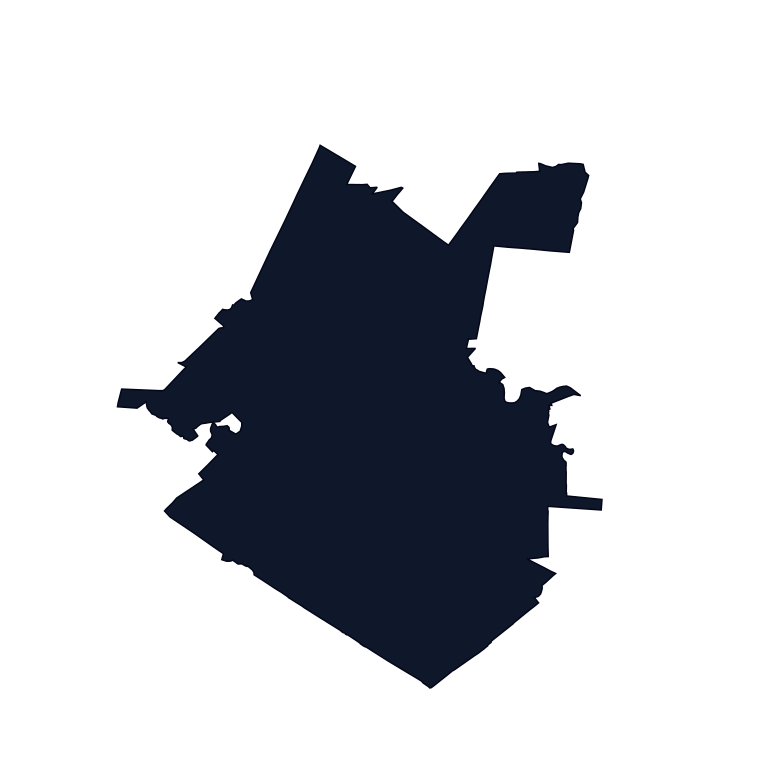 the district of Arad, Arad, Romania, rotated 199°
{"feature_id": "2599482B53905982235691", "entity_name": "Arad", "entity_type": "district", "adm_level": 2, "iso_a3": "ROU", "parent_name": "Romania", "parent_adm1": "Arad", "projection": "orthographic", "projection_center": [21.276, 46.161], "detail": "fine", "context": "isolated", "style": "filled", "palette": "ink", "viewbox_px": 768, "rotation_deg": 199, "n_neighbors": 0, "source": "geoboundaries", "source_scale": "gbopen_adm2", "svg_char_len": 6159}
<svg xmlns="http://www.w3.org/2000/svg" viewBox="0 0 768 768"><g transform="rotate(199 384 384)"><path d="M309.5,643.0L306.1,635.8L310.6,633.8L320.4,630.1L325.1,628.4L327.5,627.4L327.8,626.4L335.2,623.7L338.6,622.4L343.1,620.4L344.7,615.1L347.5,605.7L349.0,600.5L350.5,595.3L352.0,590.0L353.6,584.7L355.7,577.8L357.5,571.5L358.7,567.3L359.7,564.1L361.5,558.3L362.7,554.5L362.7,554.1L363.9,550.1L365.4,545.3L368.2,536.2L374.9,538.2L381.4,540.2L394.9,544.4L395.1,544.5L397.1,545.1L421.7,552.6L436.0,559.4L435.2,561.1L433.3,566.8L431.4,571.6L430.0,575.3L431.3,575.6L432.0,575.4L440.9,569.4L457.0,559.9L454.6,567.3L455.0,567.6L461.0,565.0L465.0,567.3L469.4,565.4L484.2,560.5L481.8,580.5L522.1,588.9L522.1,586.6L523.7,569.7L524.2,565.4L525.8,552.3L526.3,547.7L528.0,533.1L528.4,528.7L530.8,506.4L535.0,472.3L539.8,427.0L535.7,421.1L536.3,420.5L537.5,419.4L538.3,418.7L541.4,417.5L546.6,418.0L550.3,412.8L552.0,409.2L552.9,409.4L553.0,406.2L553.2,405.8L554.3,404.0L555.1,403.6L555.8,403.1L558.4,402.4L559.1,402.2L560.8,402.1L561.0,401.8L562.1,399.1L562.4,398.5L563.0,397.8L562.9,397.5L563.0,397.1L563.4,396.3L565.0,392.0L565.3,391.0L554.3,386.6L554.6,384.6L556.2,384.1L558.2,382.8L570.7,358.1L579.7,340.9L580.1,340.5L581.0,339.5L582.5,338.3L584.4,337.6L584.9,337.5L586.0,337.1L576.4,335.7L577.7,333.4L589.6,307.1L591.0,305.7L594.2,304.6L630.4,293.8L629.3,279.9L628.6,275.7L609.6,280.8L603.1,289.7L601.0,285.8L600.0,284.3L597.4,282.5L595.9,281.7L593.8,280.2L589.7,280.1L587.9,279.3L585.4,278.9L583.5,279.1L581.8,278.9L580.5,280.0L577.0,281.2L576.5,280.9L576.3,280.4L576.4,279.4L576.4,278.5L576.3,277.9L574.7,276.8L572.4,276.2L570.2,274.5L569.8,273.3L569.3,271.5L568.5,271.1L563.4,269.3L562.0,269.2L559.3,268.1L558.4,268.5L557.7,269.0L557.2,269.3L556.5,269.1L555.8,267.7L555.5,267.4L555.1,267.3L553.6,267.4L552.1,267.5L550.3,266.8L549.5,266.8L549.1,267.0L546.9,268.5L546.1,269.7L543.8,273.0L543.2,274.3L549.6,279.1L547.3,281.3L546.5,283.1L545.7,284.3L544.7,285.8L543.5,287.1L540.8,288.5L540.3,288.7L536.1,291.0L527.1,295.1L526.5,296.8L522.2,302.4L518.4,307.6L506.0,301.4L504.8,297.9L504.7,294.4L504.5,292.8L507.5,288.7L507.9,288.4L514.8,289.7L515.4,289.9L515.7,291.1L516.4,292.5L518.7,293.5L521.8,291.8L525.9,290.1L526.5,289.5L526.7,289.2L527.5,289.1L528.3,289.3L529.2,289.9L530.0,290.7L531.5,291.4L532.6,291.8L533.0,291.7L533.2,291.4L533.3,290.6L533.5,289.1L533.4,288.4L533.5,287.0L533.5,285.7L533.0,284.0L532.4,282.6L532.0,282.3L530.2,280.4L529.8,279.6L529.7,276.4L531.0,274.5L531.1,274.0L532.5,269.1L532.3,268.4L524.2,264.1L523.5,265.7L518.0,263.3L522.0,254.9L524.4,249.8L529.9,238.8L523.2,234.6L542.9,208.7L545.2,202.9L549.0,195.4L550.2,192.5L543.0,188.6L515.9,181.4L491.8,174.4L480.6,171.3L480.2,165.1L479.2,165.1L475.0,165.2L471.6,166.5L469.2,168.4L468.3,167.7L466.2,167.2L464.7,166.6L463.3,166.3L460.8,167.3L460.8,167.8L455.8,166.9L454.3,166.9L454.3,167.6L453.0,167.3L447.6,165.2L445.5,163.3L444.7,161.3L436.4,159.3L421.2,155.4L418.3,154.7L413.6,153.7L404.6,151.2L404.7,150.9L388.3,147.1L387.4,146.7L368.8,142.3L344.5,136.7L344.1,136.3L341.6,135.6L340.0,135.8L339.2,135.1L337.9,134.7L337.7,135.1L336.4,134.9L328.1,132.8L322.0,131.1L321.9,130.7L317.6,129.5L316.1,129.4L314.8,129.4L305.4,127.1L290.2,123.5L251.7,115.3L251.1,114.9L249.8,114.1L245.9,113.0L243.6,112.4L241.8,111.5L240.4,112.3L238.5,115.1L228.6,130.7L226.0,134.9L224.6,136.4L210.6,155.7L207.1,160.3L202.6,167.1L202.6,167.4L200.8,170.0L200.7,171.2L200.4,171.8L198.6,174.6L198.8,175.9L183.7,199.6L183.6,200.3L176.3,212.1L172.4,218.3L170.0,221.9L167.4,226.1L166.6,227.4L172.3,231.0L169.0,233.4L167.6,236.4L167.6,239.0L167.8,242.0L169.0,245.1L166.7,248.7L161.9,257.6L160.0,260.7L163.7,261.1L165.7,261.3L172.4,262.4L189.4,264.8L191.2,265.4L186.2,267.7L182.1,269.5L178.3,271.6L176.3,272.8L172.5,274.3L175.8,283.0L183.4,304.6L185.7,311.6L187.3,316.8L188.1,318.2L188.6,319.2L189.2,321.7L137.6,335.6L140.3,345.8L174.8,337.6L175.9,340.4L176.2,340.4L176.6,341.5L177.0,341.9L177.0,342.8L178.7,348.0L179.1,348.4L180.3,351.7L180.4,352.1L183.0,359.9L183.6,361.1L185.0,365.0L185.1,365.7L186.0,368.3L186.5,369.4L187.2,369.8L188.4,370.1L188.8,370.2L191.7,372.5L191.9,373.1L192.2,373.3L192.8,375.6L192.8,376.5L193.1,377.1L192.7,378.1L192.1,378.5L191.8,378.9L189.9,379.1L187.9,378.5L185.8,378.4L184.8,378.2L183.9,378.5L182.9,380.0L182.9,382.0L183.2,382.8L184.2,384.0L184.7,383.9L186.1,383.1L187.5,382.5L188.7,382.5L189.8,382.6L191.1,382.8L191.4,382.9L191.9,383.7L194.2,384.8L195.0,385.0L195.6,385.0L196.2,384.8L197.0,384.3L199.7,381.9L200.3,381.5L202.2,381.3L203.3,381.0L204.9,381.3L206.2,381.7L207.1,382.1L207.3,382.5L207.8,384.9L208.0,401.6L213.7,397.0L216.9,400.9L218.0,408.2L219.1,410.0L219.3,411.8L220.3,413.1L219.0,414.3L221.0,417.4L218.4,418.4L219.7,420.3L205.9,432.1L201.0,436.0L194.2,437.0L206.6,441.1L210.6,441.5L213.7,440.1L216.5,438.4L219.2,436.2L221.2,433.3L222.6,431.6L225.9,428.6L227.3,427.8L230.4,428.0L234.2,428.0L239.0,426.9L245.2,428.1L248.9,426.2L251.9,423.6L251.0,418.2L251.2,414.2L252.6,411.0L254.3,409.0L256.1,408.0L258.9,407.0L262.3,406.5L264.3,407.3L265.9,409.9L267.4,415.1L269.0,418.8L271.5,422.1L274.4,422.9L275.7,423.1L274.3,427.0L272.0,429.5L276.7,432.3L277.9,432.9L280.2,433.7L281.7,433.9L283.6,434.0L284.2,434.0L285.7,433.8L289.4,432.8L291.2,431.7L291.0,427.3L298.4,426.9L299.8,427.4L301.2,427.6L302.0,427.7L302.5,428.0L303.9,429.2L304.4,429.8L304.6,430.2L304.8,430.5L305.0,430.5L305.3,430.4L306.1,429.9L306.5,430.0L307.1,430.6L308.0,431.6L309.4,432.7L313.8,436.4L309.3,447.0L309.5,447.3L317.6,444.4L317.9,446.1L318.6,452.8L318.8,454.0L317.6,454.3L311.4,456.9L313.0,468.0L313.8,474.1L314.6,478.9L316.0,490.2L316.9,494.9L317.8,500.9L318.6,507.0L319.0,509.5L320.7,520.9L321.7,528.2L322.2,531.9L323.2,537.9L324.4,545.8L325.1,550.3L324.5,550.5L311.7,553.6L305.2,555.3L297.8,557.3L294.8,558.0L286.6,560.1L273.6,563.2L269.5,564.2L251.7,568.8L251.7,569.4L254.8,591.1L255.8,592.6L253.6,599.7L255.1,605.1L255.7,609.6L255.1,613.9L256.3,619.7L258.7,622.9L257.7,630.4L258.1,644.3L258.4,647.8L262.8,649.7L267.2,656.5L270.2,656.1L281.6,652.8L288.1,649.0L290.3,648.5L292.3,645.6L295.2,643.6L302.2,642.9L307.9,643.3L309.0,643.1L309.5,643.0Z" fill="#0f172a" stroke="#020617" stroke-width="1.5"/></g></svg>